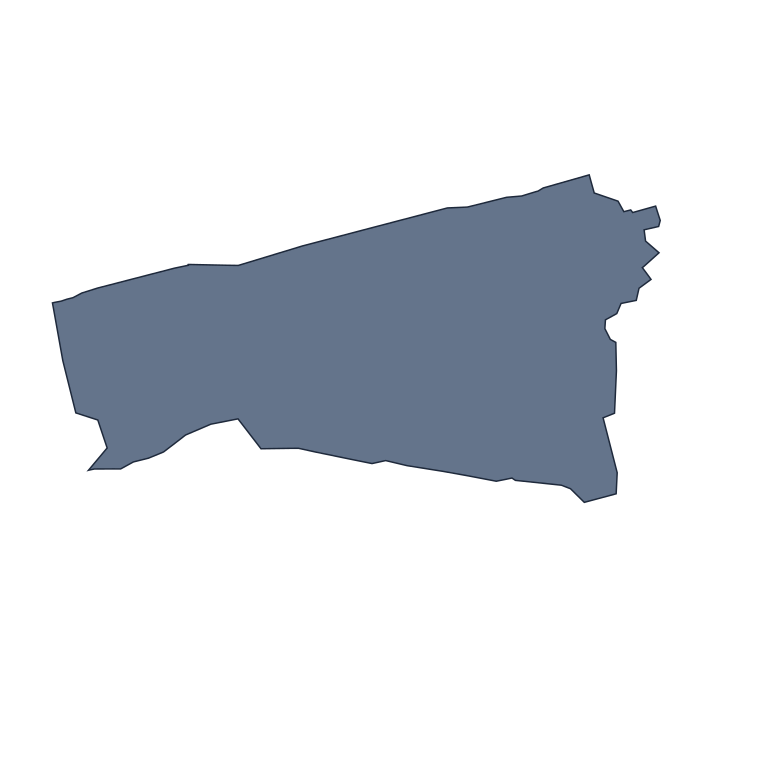 outline of Baherden, Ahal, Turkmenistan, rotated 256°
{"feature_id": "10190150B40000077655635", "entity_name": "Baherden", "entity_type": "district", "adm_level": 2, "iso_a3": "TKM", "parent_name": "Turkmenistan", "parent_adm1": "Ahal", "projection": "natural_earth1", "projection_center": [57.355, 39.019], "detail": "fine", "context": "isolated", "style": "filled", "palette": "slate", "viewbox_px": 768, "rotation_deg": 256, "n_neighbors": 0, "source": "geoboundaries", "source_scale": "gbopen_adm2", "svg_char_len": 1583}
<svg xmlns="http://www.w3.org/2000/svg" viewBox="0 0 768 768"><g transform="rotate(256 384 384)"><path d="M371.8,76.4L371.8,76.7L371.6,82.4L367.1,100.8L365.3,107.9L369.0,122.0L369.0,123.7L369.0,126.2L369.0,137.5L371.4,153.7L380.7,175.1L381.4,176.6L382.5,179.1L386.9,206.2L386.0,223.6L385.5,233.9L350.9,249.0L350.6,250.4L344.2,277.7L342.3,285.5L342.1,285.9L334.3,301.6L319.5,332.5L309.7,353.1L309.5,359.5L309.3,367.1L299.2,386.6L285.1,419.8L274.3,443.9L263.3,467.7L262.5,469.4L262.1,477.7L261.8,485.4L259.8,487.2L258.7,488.2L242.9,531.6L238.4,538.0L237.3,539.6L220.9,549.6L220.7,549.7L220.9,560.3L221.3,582.2L221.3,582.7L241.5,588.8L298.2,588.4L299.9,600.6L340.5,612.7L368.3,619.0L372.5,614.4L384.3,611.7L392.7,614.4L396.0,626.9L404.8,633.5L404.1,649.0L415.2,654.6L420.9,668.4L426.8,666.0L434.2,662.9L434.4,662.8L435.4,664.9L444.8,682.6L458.2,673.2L459.3,672.4L459.6,672.4L470.7,673.7L470.4,688.6L475.5,691.4L475.8,691.6L486.0,690.9L490.9,690.6L490.2,666.8L493.2,665.5L493.2,658.9L493.2,658.4L504.8,655.3L518.1,634.8L518.4,634.2L528.6,633.9L537.3,633.7L535.7,585.9L534.4,581.7L533.9,580.1L533.9,578.2L533.3,566.6L533.1,563.1L535.5,548.1L535.5,540.2L535.5,508.1L535.7,506.7L539.5,488.1L538.9,438.2L537.7,340.0L537.7,338.5L534.3,271.3L537.3,260.0L541.7,243.8L547.3,223.2L547.3,222.9L546.5,222.9L546.6,221.3L547.1,208.6L546.4,130.3L546.4,129.5L545.4,112.9L545.3,112.4L543.0,103.0L543.0,96.9L542.5,90.8L542.9,83.8L542.9,81.9L537.9,81.6L484.3,78.0L467.1,78.0L430.5,78.0L418.3,97.6L405.4,98.6L388.9,99.9L376.1,82.3L371.8,76.4Z" fill="#64748b" stroke="#1e293b" stroke-width="1.5"/></g></svg>